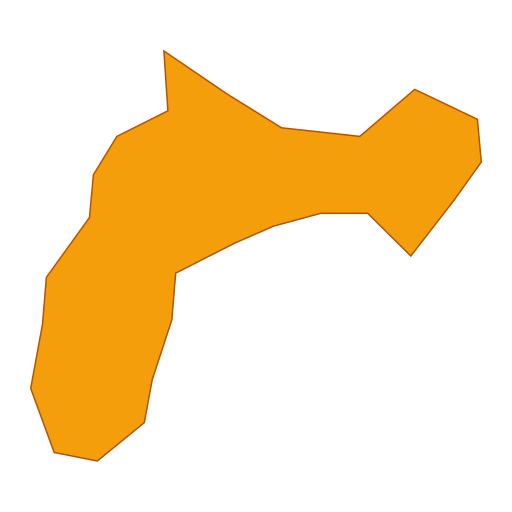 Episkopeio, Nicosia, Cyprus
{"feature_id": "46923920B68080164280188", "entity_name": "Episkopeio", "entity_type": "district", "adm_level": 2, "iso_a3": "CYP", "parent_name": "Cyprus", "parent_adm1": "Nicosia", "projection": "equal_earth", "projection_center": [33.228, 35.035], "detail": "fine", "context": "isolated", "style": "filled", "palette": "amber", "viewbox_px": 512, "rotation_deg": 0, "n_neighbors": 0, "source": "geoboundaries", "source_scale": "gbopen_adm2", "svg_char_len": 446}
<svg xmlns="http://www.w3.org/2000/svg" viewBox="0 0 512 512"><path d="M477.4,119.3L414.7,89.4L359.8,136.4L281.5,127.8L226.6,93.7L163.9,51.0L167.9,110.8L116.9,136.4L93.4,174.8L89.5,217.5L46.4,277.3L42.5,324.3L30.7,388.4L54.2,452.5L97.3,461.0L144.3,422.6L152.2,379.8L171.8,320.0L175.7,273.1L234.5,243.2L273.6,226.1L320.7,213.3L367.7,213.3L410.8,256.0L453.9,200.4L481.3,162.0L477.4,119.3Z" fill="#f59e0b" stroke="#b45309" stroke-width="1.5"/></svg>